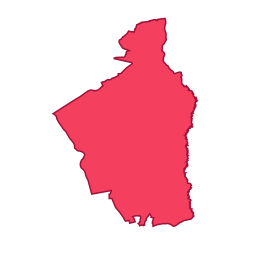 Cetariu, Bihor, Romania (Mercator projection), rotated 262°
{"feature_id": "2599482B19463372826747", "entity_name": "Cetariu", "entity_type": "district", "adm_level": 2, "iso_a3": "ROU", "parent_name": "Romania", "parent_adm1": "Bihor", "projection": "mercator", "projection_center": [22.043, 47.156], "detail": "fine", "context": "isolated", "style": "filled", "palette": "rose", "viewbox_px": 256, "rotation_deg": 262, "n_neighbors": 0, "source": "geoboundaries", "source_scale": "gbopen_adm2", "svg_char_len": 5885}
<svg xmlns="http://www.w3.org/2000/svg" viewBox="0 0 256 256"><g transform="rotate(262 128 128)"><path d="M231.4,179.9L231.4,172.6L231.0,172.1L230.4,172.2L230.5,171.1L231.3,170.6L231.6,168.9L231.1,164.2L230.5,164.4L230.8,156.2L230.2,156.3L230.1,154.2L229.7,154.3L229.6,153.0L229.2,152.6L229.1,151.1L225.0,149.2L225.2,148.7L222.0,147.3L222.7,146.1L222.7,145.0L223.9,142.2L222.7,141.0L222.0,140.7L219.6,137.2L218.8,135.3L217.0,133.9L216.8,132.9L216.1,131.6L214.6,131.1L213.0,131.4L207.9,133.8L206.7,135.6L206.1,137.3L204.4,139.9L204.3,138.5L204.0,137.4L203.1,136.7L201.4,136.7L201.1,135.8L199.3,135.0L198.4,133.4L198.9,132.4L199.5,125.9L199.2,124.1L198.6,124.0L192.4,140.4L192.0,141.1L190.7,140.5L187.7,134.8L183.1,128.7L182.8,127.5L183.1,125.9L181.1,125.7L180.6,123.7L180.0,122.7L179.9,121.2L179.3,120.5L179.6,119.8L179.6,119.3L178.6,118.0L178.3,116.7L178.2,116.3L178.6,115.7L178.5,115.4L178.7,114.5L178.3,114.0L178.2,113.0L177.8,112.7L177.8,112.2L177.3,111.7L177.0,110.4L177.2,110.0L176.8,108.0L173.2,109.1L173.0,108.2L170.4,104.9L169.7,103.0L169.4,101.0L170.8,96.2L170.3,93.6L165.8,85.1L162.2,76.7L152.6,55.8L151.6,57.1L150.4,58.1L149.4,58.6L146.8,58.9L143.7,60.0L135.7,64.0L133.0,66.0L126.1,68.8L121.1,71.8L119.0,72.6L115.5,72.4L112.5,75.0L111.7,77.6L110.3,79.9L109.6,80.7L107.6,81.5L104.5,79.7L102.8,77.7L101.6,76.8L99.3,75.8L97.4,75.6L95.2,76.1L92.5,78.3L91.0,79.1L85.9,79.8L81.5,81.2L67.6,82.9L68.4,102.7L65.7,101.6L65.3,101.2L65.0,100.1L60.8,99.6L60.3,102.3L51.2,104.6L45.6,108.1L39.6,111.2L37.5,111.8L36.1,112.6L36.3,116.2L33.5,116.4L34.1,122.0L37.7,121.3L39.6,120.4L39.9,122.3L39.9,124.3L39.4,126.8L39.5,127.5L37.8,128.2L33.3,126.6L32.7,125.8L32.0,125.4L31.9,125.0L31.5,125.4L29.6,126.0L30.1,129.2L29.2,129.5L29.4,130.0L29.4,130.8L33.1,131.7L34.1,133.2L36.6,134.0L37.6,135.4L39.9,137.7L36.9,138.8L36.3,138.4L35.4,140.9L31.6,139.1L30.5,138.9L30.5,139.4L27.2,139.1L28.3,144.2L28.3,147.3L28.5,148.6L28.2,149.8L28.3,150.9L27.9,151.9L28.0,154.0L27.1,156.0L26.2,157.4L24.8,158.7L24.4,159.7L24.5,161.0L25.0,162.2L27.2,166.5L27.3,167.5L28.0,168.7L28.5,170.4L29.1,177.8L31.6,180.9L32.3,180.5L32.6,180.8L33.4,180.5L33.9,180.9L34.3,180.5L35.2,181.0L36.0,180.3L36.0,179.9L36.6,180.0L36.8,179.4L37.1,179.2L38.8,180.1L39.0,179.7L38.7,179.4L38.9,179.0L40.0,178.2L41.1,178.8L41.3,178.3L42.1,178.8L43.0,178.2L43.8,179.1L44.7,179.3L45.0,178.5L45.7,178.5L45.8,179.2L46.8,179.2L47.6,180.2L48.0,180.2L49.2,179.0L49.7,177.8L50.1,177.7L50.5,178.1L50.8,178.9L51.7,179.4L52.8,178.4L52.6,177.9L53.2,177.7L53.7,178.6L54.2,178.3L55.4,178.8L55.8,178.4L56.5,178.4L56.3,178.9L56.6,179.0L56.5,179.5L56.9,179.4L57.1,179.9L57.7,179.7L58.7,180.3L58.8,181.5L59.2,181.9L59.6,181.8L59.9,182.2L60.1,181.5L60.4,181.5L60.9,182.0L62.1,182.4L62.3,182.8L64.1,182.1L64.7,181.0L64.9,179.5L67.1,179.3L67.8,179.9L68.7,179.7L69.0,179.5L69.1,178.8L69.5,178.7L69.6,179.0L70.4,178.8L71.2,178.1L71.8,178.1L72.2,177.6L72.7,178.0L73.3,177.6L73.9,178.1L75.0,178.2L75.3,178.6L75.2,177.7L75.7,178.0L76.1,177.4L78.0,177.6L78.4,178.1L79.0,177.7L79.1,178.3L79.5,178.0L79.6,178.4L80.4,178.4L80.4,178.7L80.0,179.1L80.1,179.3L81.6,180.0L81.9,180.6L81.5,180.9L81.8,181.3L82.0,181.0L82.5,180.9L82.7,181.5L83.1,180.9L83.6,180.9L83.8,181.1L83.7,181.4L83.2,181.7L84.0,182.0L84.0,181.5L84.6,181.3L85.1,181.7L85.8,181.5L86.1,181.0L86.2,181.4L86.8,181.6L87.0,182.1L87.7,182.9L88.6,182.2L89.4,183.3L91.0,182.9L91.4,183.2L92.1,182.7L92.6,183.8L93.3,182.7L93.6,182.6L94.0,183.3L95.1,183.1L95.1,183.9L96.2,183.1L96.8,183.3L96.4,183.7L96.5,184.1L97.1,183.9L97.5,184.1L98.2,183.6L98.4,184.2L98.7,184.2L99.4,184.1L99.5,183.4L99.9,183.3L100.3,182.7L101.4,182.6L101.4,183.2L102.6,182.8L103.2,183.4L102.4,184.6L102.4,184.9L103.0,184.6L103.2,184.2L103.9,184.6L103.9,184.2L104.2,184.2L104.7,184.9L105.6,185.0L106.6,184.4L108.4,185.0L108.6,184.3L109.1,184.3L109.3,183.6L109.8,183.7L109.5,184.2L110.4,184.6L110.7,184.5L110.7,184.0L111.4,183.8L111.9,184.1L112.7,183.3L112.7,184.3L113.3,184.7L114.7,184.2L114.7,184.8L114.3,185.4L115.5,185.9L115.6,186.7L116.1,186.9L116.8,186.0L117.1,186.0L117.0,186.7L117.0,187.5L117.5,187.5L117.7,187.0L118.2,186.9L118.4,187.3L118.2,187.5L119.0,187.8L119.1,189.4L119.9,189.1L120.6,189.6L120.2,189.8L120.7,190.4L120.2,190.5L119.9,191.6L120.2,192.0L120.5,191.6L120.8,191.8L121.1,191.0L121.6,191.1L122.1,191.9L122.7,191.7L122.9,192.2L123.6,191.6L125.5,191.7L125.9,192.0L126.2,191.8L127.1,192.5L127.9,192.0L128.5,192.8L129.9,191.8L130.0,192.6L130.6,193.2L130.8,192.6L131.4,192.8L131.2,193.0L131.4,193.3L131.6,192.9L132.6,192.7L133.0,193.7L133.5,192.9L133.9,193.2L133.7,193.6L133.8,194.4L134.5,193.6L134.7,193.9L134.5,194.4L135.0,194.4L135.1,194.6L134.9,194.9L135.1,195.1L135.9,195.0L136.3,195.7L137.1,196.2L137.6,196.1L138.1,196.7L138.6,196.0L139.1,196.1L139.3,196.5L138.9,196.9L139.6,197.0L139.5,197.7L139.8,197.9L139.9,197.4L140.3,197.1L140.7,197.4L140.9,198.2L141.5,198.4L141.8,197.6L143.3,198.2L144.0,198.0L144.5,199.1L144.9,199.0L144.7,199.3L145.2,200.2L145.7,199.1L146.2,199.0L146.5,199.3L146.4,199.6L146.1,199.9L146.9,200.0L146.7,199.7L146.9,199.3L147.6,198.7L147.9,199.0L147.6,199.3L148.7,199.7L148.6,199.0L149.1,198.6L148.9,198.3L149.5,198.3L149.5,198.0L150.2,197.4L151.3,197.6L152.3,197.1L152.0,197.6L153.0,197.6L154.2,196.8L154.8,196.9L155.9,196.1L156.2,195.1L156.7,194.6L156.6,193.5L156.9,193.1L157.4,193.9L157.9,193.5L158.1,193.9L160.6,192.4L160.5,191.8L161.3,191.7L160.8,191.2L161.5,190.5L161.2,190.1L161.2,189.8L161.5,189.8L161.4,189.3L161.8,188.9L162.3,189.0L162.8,188.4L163.4,188.3L163.9,187.7L165.5,187.4L168.9,188.1L171.3,187.5L171.5,188.1L172.3,188.7L173.6,188.6L173.8,188.3L175.7,188.4L176.2,186.6L175.3,181.4L178.1,180.1L179.6,178.4L181.5,177.0L183.7,176.4L185.0,174.9L189.1,172.3L192.3,172.8L195.8,174.6L197.3,174.3L199.9,172.5L205.2,173.7L206.3,175.4L210.2,178.3L212.7,178.2L216.2,178.8L220.9,178.0L223.7,178.7L226.6,180.0L230.2,180.2L231.4,179.9Z" fill="#f43f5e" stroke="#9f1239" stroke-width="1.5"/></g></svg>